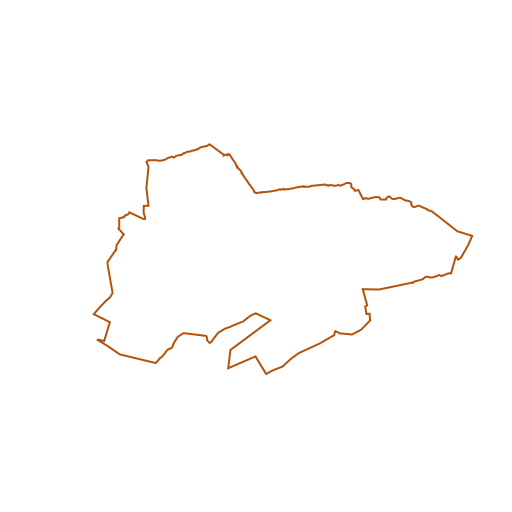 Santa Catarina, Nuevo León, Mexico (Natural Earth projection), rotated 318°
{"feature_id": "50627088B93737583284757", "entity_name": "Santa Catarina", "entity_type": "district", "adm_level": 2, "iso_a3": "MEX", "parent_name": "Mexico", "parent_adm1": "Nuevo León", "projection": "natural_earth1", "projection_center": [-100.468, 25.582], "detail": "fine", "context": "isolated", "style": "outline", "palette": "amber", "viewbox_px": 512, "rotation_deg": 318, "n_neighbors": 0, "source": "geoboundaries", "source_scale": "gbopen_adm2", "svg_char_len": 5932}
<svg xmlns="http://www.w3.org/2000/svg" viewBox="0 0 512 512"><g transform="rotate(318 256 256)"><path d="M174.1,308.7L160.3,320.8L188.4,330.3L187.2,336.6L184.6,350.5L189.0,351.4L193.8,352.9L201.6,355.9L212.8,355.8L222.9,356.8L244.6,363.6L261.1,367.1L264.6,365.0L265.5,366.7L266.5,369.7L269.1,372.3L274.8,378.6L284.7,381.1L297.6,380.3L301.8,374.9L299.3,373.0L303.3,366.6L305.6,367.1L313.1,352.1L325.1,363.3L338.8,371.3L354.7,380.5L354.5,380.8L354.8,381.1L356.3,380.8L363.1,384.3L364.9,385.0L366.9,384.8L368.0,385.1L369.2,385.7L371.5,389.0L372.9,390.0L374.0,390.7L379.5,392.8L380.2,394.8L382.3,395.8L384.4,396.5L387.6,397.8L389.4,399.4L404.1,390.1L404.3,390.4L404.3,390.8L404.4,391.1L404.4,391.4L404.3,391.8L404.0,392.6L403.9,392.9L403.8,393.4L403.7,393.9L406.6,394.5L414.9,391.9L421.8,389.5L430.1,385.7L422.1,372.2L418.0,348.3L416.6,340.9L416.4,340.3L416.1,339.3L414.8,338.0L414.3,336.1L414.5,335.7L414.0,334.5L413.4,333.5L410.8,327.8L410.6,327.4L410.0,327.0L407.6,326.2L406.1,325.2L405.5,324.1L405.5,323.0L405.8,321.4L406.3,321.1L407.1,320.5L407.2,319.2L406.3,317.4L404.6,315.1L403.9,314.1L403.5,312.7L402.1,309.1L396.9,306.2L396.1,305.5L395.3,304.2L395.1,301.6L394.7,300.8L393.8,300.3L391.9,300.3L390.5,301.1L389.2,299.9L386.8,297.8L386.4,297.3L386.5,296.5L386.9,295.3L386.9,294.8L384.3,292.2L380.3,290.0L377.5,288.5L376.5,286.7L375.0,285.7L374.1,285.7L373.6,285.5L373.6,285.2L376.0,276.6L376.1,276.0L376.2,275.5L373.7,274.1L373.2,273.9L373.2,273.5L373.6,272.2L373.6,271.5L373.5,271.1L373.0,269.8L372.9,268.8L374.0,267.2L374.9,266.3L374.5,264.5L373.9,264.0L373.3,263.4L372.2,262.5L371.4,261.9L370.1,261.8L368.1,261.1L365.8,260.2L365.0,258.7L361.3,256.4L360.7,255.7L360.4,255.0L359.2,253.3L358.2,252.9L356.8,252.3L356.7,252.1L356.8,251.8L356.9,251.6L356.3,251.0L355.1,250.0L355.1,249.6L355.3,249.2L354.6,248.7L343.6,240.6L343.1,240.7L342.8,240.5L342.5,240.5L341.7,239.9L340.8,239.2L339.4,237.6L339.2,237.6L338.7,237.5L338.3,237.2L337.6,236.4L337.9,235.9L335.6,234.4L331.4,231.8L329.1,230.7L326.2,228.8L325.2,228.4L324.5,227.9L323.5,226.9L321.7,225.7L321.4,225.4L321.6,224.9L321.5,224.7L318.5,223.1L318.4,222.7L318.4,222.4L317.2,221.8L316.6,221.7L316.0,221.5L315.1,220.9L311.3,218.5L310.0,217.8L309.1,217.2L308.3,216.6L307.0,215.6L304.0,213.4L303.9,213.0L303.3,212.6L303.2,212.6L302.7,212.5L302.6,212.4L302.4,212.3L301.9,212.2L301.6,212.0L301.5,211.7L301.3,211.2L301.2,211.2L299.2,210.1L298.9,209.8L298.2,209.3L298.2,208.8L298.2,208.7L298.0,208.3L297.4,207.8L298.4,205.0L298.6,203.9L298.7,201.2L299.7,193.3L300.1,190.1L300.2,189.2L300.5,187.5L300.7,185.3L300.7,184.7L301.3,184.6L301.8,182.1L301.7,181.8L301.7,181.2L301.5,179.9L301.4,179.9L301.9,177.2L301.7,177.3L301.4,177.4L301.2,177.4L301.5,176.7L301.9,176.1L302.0,174.8L302.5,174.1L302.7,173.7L302.9,173.3L302.9,172.7L303.0,172.0L303.4,168.4L303.6,167.1L303.7,166.5L303.7,166.4L303.8,166.0L303.9,165.1L304.3,162.7L304.0,162.5L303.7,162.5L303.7,162.9L303.4,162.6L303.2,162.1L303.2,161.9L302.9,162.0L302.7,162.0L302.4,162.0L302.2,162.0L302.4,161.3L302.4,161.1L301.9,160.9L301.4,160.7L300.8,160.3L300.7,160.2L300.3,160.0L300.0,159.9L300.1,159.6L299.9,159.5L299.8,159.4L299.6,159.4L299.4,159.4L299.7,159.1L299.7,158.7L298.8,154.4L296.2,141.9L295.3,141.8L293.9,141.5L293.3,141.4L293.0,141.4L292.8,141.1L292.5,140.8L291.8,140.5L291.3,140.4L289.8,139.4L289.6,139.4L287.7,138.3L287.1,138.1L286.4,137.8L285.7,137.8L285.3,137.9L285.0,137.8L284.9,137.7L284.6,137.7L284.3,137.7L283.7,137.7L283.4,137.2L283.2,136.9L282.8,136.7L282.4,136.7L281.8,136.7L281.4,136.5L280.7,136.2L279.6,135.4L278.4,134.7L277.6,134.6L276.8,134.1L274.7,132.6L274.1,132.3L273.5,132.3L272.8,132.1L271.9,131.9L271.0,131.2L268.6,131.1L268.2,131.0L267.7,130.6L267.2,130.2L264.2,128.5L262.6,128.0L261.4,128.1L260.4,127.4L260.4,126.9L260.2,126.4L259.6,125.5L257.8,125.1L256.4,124.2L253.3,123.7L250.5,122.3L248.1,120.8L245.7,117.8L239.9,112.7L239.6,112.6L238.5,113.0L237.8,112.7L237.6,113.1L237.4,113.4L237.2,113.8L237.1,114.1L236.1,116.9L235.8,117.7L235.6,117.9L235.4,118.2L235.0,118.6L233.9,119.5L232.0,121.3L231.0,122.2L227.9,125.0L220.7,131.5L220.2,131.9L219.7,132.6L216.6,137.1L216.1,137.7L216.0,137.8L210.1,146.2L209.7,146.7L206.1,143.7L204.7,145.2L201.9,148.1L201.3,149.0L200.9,149.6L200.6,150.5L199.9,152.0L199.7,152.4L199.2,153.2L198.4,154.2L198.2,154.0L197.8,153.6L197.6,153.5L197.4,153.5L197.2,153.4L191.1,138.9L190.8,139.1L190.6,139.2L190.3,139.1L190.1,139.1L189.9,139.1L189.6,139.2L189.4,139.4L188.7,139.5L185.6,138.2L184.6,138.9L184.2,138.7L183.2,138.2L183.0,138.3L182.7,138.2L182.6,138.3L181.7,137.6L181.5,137.4L181.4,137.3L180.9,137.3L180.5,137.1L180.0,136.6L179.7,136.4L174.2,142.4L174.2,142.6L174.1,142.8L173.9,143.0L173.6,143.2L173.1,143.4L172.6,143.6L172.3,143.6L172.1,143.6L172.2,151.5L171.9,151.5L170.5,151.8L168.0,152.4L166.6,152.8L164.3,153.4L160.3,154.5L159.6,154.7L159.4,154.9L159.1,155.1L158.1,156.0L157.0,157.0L156.3,157.6L156.0,157.7L155.5,157.9L155.3,158.0L155.2,157.8L141.8,161.1L140.4,162.4L124.7,187.5L120.2,189.0L113.9,188.9L106.1,189.5L99.0,190.3L96.6,190.8L103.1,207.4L86.4,217.5L81.9,211.6L85.5,223.6L88.9,237.9L109.9,268.5L112.9,268.2L114.8,267.9L116.5,267.6L116.8,267.8L117.5,267.8L118.4,268.0L119.1,267.9L119.6,267.7L120.9,267.7L122.6,267.4L125.7,266.7L128.3,266.6L129.3,266.8L130.1,267.5L131.3,267.7L132.4,267.8L133.5,267.3L134.3,266.9L135.8,266.1L137.5,265.4L139.3,265.0L141.2,264.4L142.5,263.9L144.9,263.8L145.9,264.1L148.3,264.4L150.6,264.9L165.4,281.9L165.3,283.0L164.9,283.9L164.5,284.6L163.9,285.3L163.3,286.0L163.2,287.0L163.3,288.1L163.4,289.6L164.7,289.9L165.4,289.9L166.7,289.6L167.8,289.4L169.3,289.0L170.6,288.8L172.3,288.5L174.3,288.1L175.6,288.0L176.5,287.8L177.9,287.9L179.0,288.2L179.6,288.4L181.3,288.6L182.6,288.9L184.3,289.3L186.2,290.0L187.7,290.7L189.6,291.5L190.9,291.8L192.5,292.3L194.6,293.2L196.5,293.7L198.3,294.5L200.4,295.1L202.3,296.0L210.5,296.5L213.4,297.1L217.5,298.5L223.7,313.4L174.1,308.7Z" fill="none" stroke="#b45309" stroke-width="2"/></g></svg>